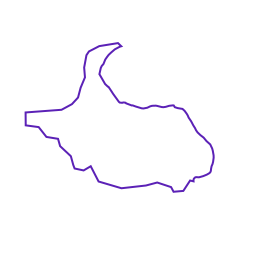 Livingston, Kentucky, United States of America (Natural Earth projection), rotated 125°
{"feature_id": "52423323B40922319386864", "entity_name": "Livingston", "entity_type": "district", "adm_level": 2, "iso_a3": "USA", "parent_name": "United States of America", "parent_adm1": "Kentucky", "projection": "natural_earth1", "projection_center": [-88.42, 37.204], "detail": "fine", "context": "isolated", "style": "outline", "palette": "violet", "viewbox_px": 256, "rotation_deg": 125, "n_neighbors": 0, "source": "geoboundaries", "source_scale": "gbopen_adm2", "svg_char_len": 1364}
<svg xmlns="http://www.w3.org/2000/svg" viewBox="0 0 256 256"><g transform="rotate(125 128 128)"><path d="M92.2,203.8L103.6,198.6L111.2,192.3L122.2,189.9L131.7,186.4L140.6,187.6L151.2,192.9L174.0,220.8L184.5,213.3L178.5,201.7L182.1,189.7L177.0,179.1L181.8,173.2L183.9,158.6L189.7,151.6L191.8,148.5L188.2,140.0L180.7,136.6L188.7,121.4L181.1,98.8L164.8,80.3L155.9,72.8L151.7,58.8L154.1,54.1L147.8,46.6L135.4,47.0L134.1,43.7L133.1,44.5L131.7,45.0L129.8,44.6L129.1,43.9L127.7,41.6L124.3,38.8L121.0,36.7L118.7,35.6L117.2,35.2L115.7,35.5L115.1,35.8L113.9,36.5L111.4,37.6L109.0,38.1L106.9,38.9L103.2,40.8L101.3,42.2L98.0,45.5L96.5,47.3L94.3,51.2L93.7,56.2L92.5,60.5L92.3,64.6L91.7,68.5L90.8,71.0L89.7,72.9L88.4,76.0L86.3,80.1L84.7,84.3L83.5,86.2L82.6,88.2L81.5,91.4L81.1,94.3L83.2,98.7L84.1,101.6L83.3,103.5L83.7,104.2L86.2,107.0L89.0,109.2L90.7,111.0L91.5,112.4L93.3,117.1L93.8,118.1L96.0,121.0L97.6,122.3L100.3,123.8L103.1,126.5L104.0,128.0L106.0,134.1L106.8,137.1L107.4,137.9L108.9,143.8L108.7,144.5L109.5,146.1L110.1,146.8L110.7,147.2L111.9,149.4L111.8,150.5L108.4,160.3L108.1,160.9L105.5,167.5L105.5,167.8L105.7,168.1L105.1,172.0L100.3,182.3L94.5,184.7L92.2,185.1L89.8,184.8L89.7,184.8L84.9,185.9L81.6,185.9L79.2,185.8L75.8,185.1L71.1,183.9L66.2,181.4L64.9,180.4L64.2,184.9L77.4,198.5L87.7,203.9L92.2,203.8Z" fill="none" stroke="#5b21b6" stroke-width="2"/></g></svg>